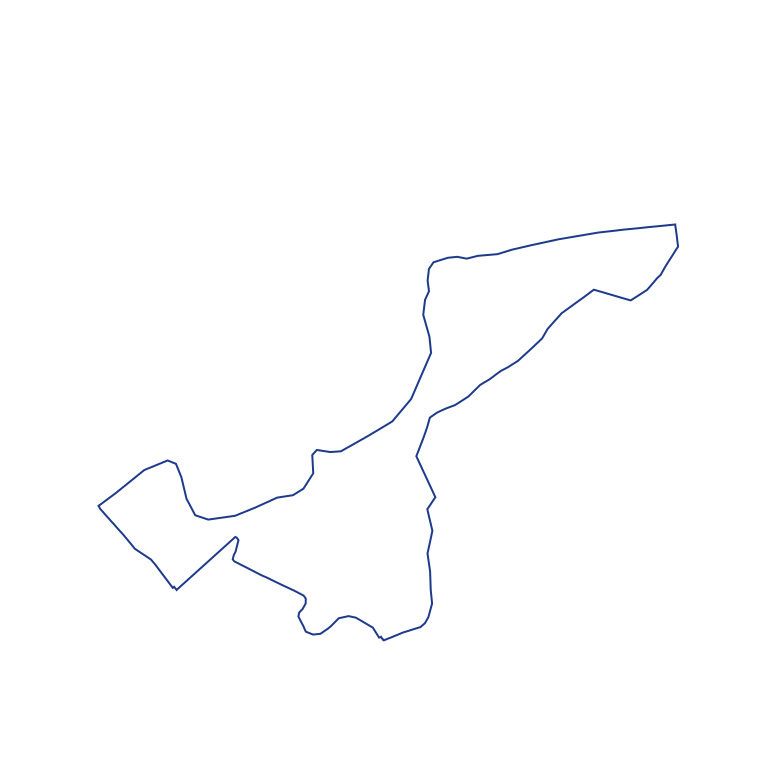 Saraf Omra, Western Darfur, Sudan (orthographic projection), rotated 299°
{"feature_id": "16777658B82122608499404", "entity_name": "Saraf Omra", "entity_type": "district", "adm_level": 2, "iso_a3": "SDN", "parent_name": "Sudan", "parent_adm1": "Western Darfur", "projection": "orthographic", "projection_center": [23.394, 13.638], "detail": "fine", "context": "isolated", "style": "outline", "palette": "blue", "viewbox_px": 768, "rotation_deg": 299, "n_neighbors": 0, "source": "geoboundaries", "source_scale": "gbopen_adm2", "svg_char_len": 3490}
<svg xmlns="http://www.w3.org/2000/svg" viewBox="0 0 768 768"><g transform="rotate(299 384 384)"><path d="M139.0,193.4L138.9,193.6L138.6,194.1L138.4,194.5L138.1,194.9L137.3,196.2L137.1,196.5L135.5,201.2L133.5,206.8L131.4,212.8L130.7,215.0L130.2,216.5L129.6,218.0L127.3,224.5L127.0,225.6L126.2,227.8L125.3,230.4L125.2,230.6L124.7,231.8L123.9,233.9L122.8,236.7L120.6,242.3L119.1,245.9L117.6,264.2L117.5,265.3L115.1,271.7L113.0,276.3L103.3,298.1L104.9,298.7L103.3,302.5L103.8,302.6L178.1,328.1L178.1,328.4L178.2,328.7L178.2,328.9L178.2,329.6L178.1,329.9L176.9,332.4L165.7,335.4L163.6,335.5L161.4,335.6L157.3,336.7L156.3,339.1L156.4,342.5L156.5,342.8L156.5,344.2L156.5,345.4L156.9,355.7L157.2,365.5L157.2,366.2L157.3,368.8L157.3,369.4L157.7,373.6L157.9,375.6L158.1,379.5L158.1,379.9L158.5,387.1L158.9,394.1L159.1,396.4L159.7,405.4L159.9,412.4L159.9,413.5L159.9,413.9L159.9,414.5L160.0,416.2L158.4,419.6L154.1,421.9L147.8,421.9L142.9,420.6L139.1,421.9L137.3,424.6L136.2,426.2L134.6,428.6L133.0,431.1L132.6,431.6L131.2,433.3L130.2,434.7L129.5,435.7L129.6,436.4L129.8,438.3L129.9,439.0L130.0,439.4L130.0,439.7L130.0,440.0L130.1,440.5L130.1,440.8L130.2,441.4L130.2,441.7L130.3,442.1L130.4,442.7L130.4,443.0L130.4,443.3L130.5,443.5L134.7,449.5L140.9,452.6L142.7,453.5L143.4,453.8L145.0,454.4L145.4,454.6L146.5,455.0L157.2,458.0L163.8,465.5L166.0,472.7L166.0,473.5L165.5,492.4L159.8,502.7L161.0,503.9L161.4,504.0L159.8,507.1L160.2,507.5L159.8,508.2L163.3,511.0L165.2,512.6L165.4,512.8L168.2,515.0L169.5,516.0L170.2,516.6L171.3,517.5L173.4,519.2L173.9,519.6L174.1,519.7L176.0,521.2L180.3,525.4L182.6,527.5L185.3,530.1L189.1,533.8L189.3,533.8L190.7,534.3L191.4,534.6L191.8,534.7L192.0,534.8L192.8,535.1L193.1,535.2L193.6,535.4L193.8,535.5L194.0,535.5L194.7,535.8L197.7,535.8L201.8,535.8L207.1,534.5L215.3,532.5L225.4,525.5L226.9,524.5L242.4,515.2L256.9,504.2L268.9,500.6L279.0,497.5L282.6,494.3L289.6,487.9L295.5,482.6L309.9,483.8L336.5,447.3L345.9,446.0L355.4,444.7L361.4,443.7L367.5,442.6L372.2,441.5L376.8,440.4L380.7,442.3L384.6,444.2L388.5,447.0L392.4,449.9L396.2,453.1L399.9,456.3L406.9,460.1L414.0,463.9L421.9,466.2L429.9,468.6L434.4,471.2L438.8,473.8L443.1,475.8L447.5,477.7L452.3,480.0L455.5,482.1L458.8,484.3L464.0,487.1L469.3,490.0L476.8,492.5L484.2,495.0L492.3,497.6L500.5,500.2L506.0,500.3L511.5,500.4L521.8,502.7L532.1,505.1L546.9,512.0L556.4,516.5L561.7,518.9L568.2,521.8L570.1,530.0L574.1,547.9L575.0,551.9L576.7,559.2L581.6,561.9L585.3,563.9L590.4,566.6L593.9,568.5L604.0,570.6L608.2,571.4L608.9,571.6L609.2,571.6L609.3,571.7L609.9,571.9L610.9,572.2L611.3,572.3L612.1,572.6L613.1,572.9L613.3,573.0L613.5,573.1L615.6,573.1L618.8,573.1L622.2,573.1L624.1,573.2L629.9,573.5L635.5,573.9L643.0,574.3L644.3,574.4L646.7,574.6L646.9,574.5L647.2,574.3L648.0,573.7L649.2,572.8L650.1,572.1L651.5,571.1L655.8,568.0L661.2,564.0L662.0,563.3L664.5,561.5L664.7,561.4L653.5,545.2L650.3,540.5L643.4,530.7L635.3,518.9L631.4,513.5L630.3,512.0L620.2,497.8L595.2,466.5L579.2,448.3L578.4,447.3L563.5,430.8L552.5,420.2L541.7,404.1L533.7,395.5L530.8,386.5L525.4,378.7L514.5,368.3L506.5,367.5L495.6,372.0L486.9,378.4L477.5,379.1L463.5,384.8L447.4,400.8L434.0,410.1L384.0,415.0L355.3,409.4L331.4,395.6L304.2,378.9L298.4,369.9L293.7,357.2L287.1,355.7L271.6,365.4L253.4,364.3L242.6,358.3L232.8,345.6L213.6,331.4L196.5,317.6L180.2,296.0L177.7,282.5L187.9,266.9L204.2,252.0L213.3,240.8L212.2,231.8L192.6,216.1L188.7,214.5L158.6,202.3L141.8,194.7L139.0,193.4Z" fill="none" stroke="#1e3a8a" stroke-width="2"/></g></svg>